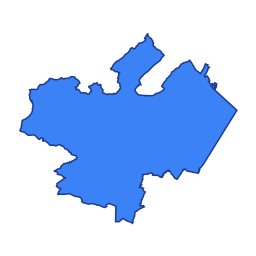 Kampar, Riau, Indonesia (Albers equal-area conic projection), rotated 93°
{"feature_id": "22746128B8837306932395", "entity_name": "Kampar", "entity_type": "district", "adm_level": 2, "iso_a3": "IDN", "parent_name": "Indonesia", "parent_adm1": "Riau", "projection": "albers", "projection_center": [101.167, 0.32], "detail": "fine", "context": "isolated", "style": "filled", "palette": "blue", "viewbox_px": 256, "rotation_deg": 93, "n_neighbors": 0, "source": "geoboundaries", "source_scale": "gbopen_adm2", "svg_char_len": 5785}
<svg xmlns="http://www.w3.org/2000/svg" viewBox="0 0 256 256"><g transform="rotate(93 128 128)"><path d="M80.0,44.5L79.2,46.2L80.8,47.7L79.9,47.8L77.5,50.1L76.8,48.8L73.7,50.2L71.9,51.8L73.2,53.5L71.9,54.5L70.1,53.1L65.2,51.2L64.6,51.5L63.3,50.0L62.2,51.6L60.6,51.6L60.7,52.5L59.9,54.0L64.3,55.5L69.8,58.4L66.6,63.3L59.7,67.9L57.3,69.7L57.1,70.3L57.6,70.5L58.6,71.7L59.5,74.7L60.4,76.6L61.7,78.4L64.7,80.2L65.6,81.6L65.9,82.7L67.4,84.4L69.2,85.8L69.6,87.1L70.1,87.4L71.6,87.5L75.4,90.5L76.6,91.9L78.3,92.5L80.1,94.0L84.0,96.4L84.8,96.4L86.1,94.5L86.7,93.9L87.3,93.9L89.6,96.3L91.3,99.1L92.1,101.8L94.2,104.4L94.5,105.8L94.7,112.1L94.6,117.1L94.2,119.7L90.6,122.8L89.9,123.0L88.7,122.8L84.5,119.6L84.9,119.4L83.8,118.7L84.2,117.5L82.3,118.1L80.7,119.0L79.6,119.3L78.5,118.8L77.2,117.7L76.2,117.4L75.6,116.3L74.2,115.4L71.7,112.8L70.5,111.1L64.2,105.7L59.3,99.8L58.5,99.1L55.8,97.9L53.7,95.8L52.2,96.9L51.1,98.5L50.0,99.0L49.0,100.2L47.4,104.0L45.8,105.2L44.6,107.1L41.5,107.1L41.0,107.7L39.3,108.1L38.6,109.0L37.5,109.4L37.0,110.7L35.6,112.2L34.9,112.6L34.9,113.0L33.0,113.2L33.4,113.9L35.7,115.0L37.5,116.2L37.9,116.0L38.3,114.8L40.1,115.7L41.1,117.0L42.4,119.4L42.6,121.3L45.1,122.9L46.0,124.1L46.9,124.2L47.9,124.9L48.6,126.2L47.6,128.3L48.2,129.3L49.1,130.0L51.1,130.7L52.5,131.6L54.5,134.3L55.5,135.3L57.0,136.0L58.2,137.3L61.0,140.9L62.5,143.4L65.4,145.8L68.2,147.0L69.5,148.4L70.5,148.0L70.8,145.8L72.4,143.7L72.3,141.5L73.1,140.6L73.3,139.3L75.2,140.4L76.7,139.9L77.9,140.8L79.0,140.8L79.4,140.0L81.5,140.7L83.0,140.7L83.5,139.1L84.2,138.5L86.5,138.2L88.4,137.5L89.0,137.7L89.5,138.4L91.2,138.9L92.2,140.3L93.5,141.0L94.7,142.6L94.2,143.5L94.2,144.3L95.2,145.2L94.9,146.7L95.2,148.3L94.8,149.2L95.7,150.1L95.7,150.8L94.4,153.8L94.6,154.4L93.6,155.4L92.1,154.9L91.3,155.0L88.7,157.2L86.5,157.3L85.9,158.2L86.8,159.1L86.3,160.4L84.4,161.2L85.4,162.5L85.2,164.0L85.5,164.9L86.3,165.1L87.1,166.0L87.5,167.4L88.2,167.9L88.5,169.2L89.0,169.3L89.7,169.0L90.5,167.5L90.8,167.2L92.6,166.9L93.2,166.5L93.7,166.8L94.0,167.5L95.9,168.6L96.1,170.0L95.0,172.6L95.5,176.7L92.3,179.3L92.0,179.8L92.5,181.5L92.3,181.8L92.1,181.6L91.2,181.7L90.5,182.8L90.0,182.7L89.7,181.3L88.5,180.3L86.6,179.9L86.2,178.8L85.6,178.4L84.5,178.9L83.2,180.0L82.0,181.6L81.8,182.7L80.8,183.5L80.0,183.7L79.6,186.1L79.7,187.7L81.2,189.3L81.9,193.8L82.4,194.9L82.4,195.6L81.3,196.8L81.6,197.9L82.7,198.8L83.5,201.2L83.6,203.6L82.7,207.1L82.7,209.0L84.8,209.8L87.3,212.8L88.5,213.6L89.1,215.5L89.2,217.9L91.7,219.8L93.1,220.0L94.0,220.6L94.5,221.8L94.2,223.3L94.5,224.3L94.4,226.2L95.1,228.3L97.2,227.2L99.7,228.3L100.7,228.2L101.8,227.6L104.0,227.6L104.8,227.2L106.0,225.3L106.6,225.2L106.6,225.9L108.4,224.5L110.7,223.9L114.0,224.5L115.5,224.2L118.8,225.4L122.4,228.3L124.8,231.5L125.9,234.0L133.1,234.7L136.3,235.8L137.0,234.7L137.8,230.7L140.0,228.3L140.4,227.4L140.4,225.2L139.8,223.2L140.2,220.7L140.7,219.8L141.5,219.2L141.9,218.4L142.9,217.7L144.0,216.3L143.9,215.7L142.7,214.5L142.5,213.3L142.7,212.6L143.2,211.8L144.6,212.8L145.5,212.3L145.6,211.8L145.1,210.9L145.3,209.9L147.3,207.0L149.0,205.4L149.3,204.5L149.1,201.8L149.3,199.8L149.7,199.1L148.7,197.2L148.5,196.1L148.0,195.2L148.1,194.7L149.5,193.5L149.4,192.1L149.7,191.5L152.0,190.0L152.5,187.8L154.0,186.0L155.0,185.8L155.5,183.7L156.8,183.6L157.4,183.1L158.0,181.1L158.1,179.3L158.8,178.3L160.0,177.4L161.3,177.6L161.2,178.1L162.7,179.5L162.9,180.5L163.6,181.0L164.0,182.4L165.4,183.2L164.8,184.6L166.0,185.2L165.9,186.6L166.3,186.9L166.4,188.2L167.3,190.7L170.2,193.1L171.3,193.0L171.6,193.3L173.2,197.1L174.1,197.9L174.6,199.3L175.2,199.1L175.2,197.9L175.9,196.3L177.0,196.0L178.0,196.1L178.5,191.8L180.4,190.1L180.9,187.9L181.6,188.3L181.8,189.3L182.8,190.0L183.1,190.7L187.2,196.0L188.6,195.8L189.6,196.4L190.1,196.3L192.0,193.5L192.0,193.0L191.7,192.5L192.0,192.0L193.0,192.2L195.0,193.9L195.8,193.9L197.3,194.6L198.4,194.6L198.1,194.5L197.8,193.1L197.4,187.0L196.8,183.8L196.9,182.4L199.0,177.3L199.4,173.2L199.8,172.2L200.6,171.2L202.2,170.4L203.2,170.0L204.0,170.3L204.1,169.7L205.0,168.8L206.1,162.8L205.4,160.8L205.6,158.0L206.6,154.7L206.8,152.2L208.3,148.6L208.6,147.3L207.8,145.6L207.7,146.0L206.4,146.0L204.5,143.5L204.5,142.5L205.9,138.1L206.8,136.0L222.2,135.5L222.3,134.8L221.9,131.9L218.7,128.3L218.7,127.8L220.7,124.6L222.1,119.9L223.0,118.5L221.5,118.0L220.0,118.4L215.7,116.8L211.9,116.7L208.3,112.3L205.8,107.6L204.7,108.7L205.2,109.8L205.2,110.4L204.8,110.8L204.8,112.1L203.2,111.9L202.8,111.1L202.4,111.0L199.0,110.8L198.8,110.2L198.4,110.4L197.0,109.7L196.1,109.4L195.4,108.9L194.0,108.9L191.1,107.4L190.2,108.8L189.0,109.8L187.9,109.7L187.5,109.4L187.1,110.7L186.6,111.0L186.8,111.3L186.3,112.7L186.8,113.0L186.6,113.4L185.4,112.9L185.0,112.5L185.1,112.3L184.1,111.7L184.3,112.7L180.0,111.0L179.1,111.0L178.2,110.4L177.7,111.0L174.9,110.8L174.9,110.6L173.8,111.1L172.9,105.1L172.4,104.8L171.9,103.8L171.8,102.2L171.9,101.5L172.7,100.6L173.1,100.5L173.2,101.1L173.8,100.9L173.8,95.3L174.1,95.1L174.5,94.3L175.0,94.0L175.0,93.5L175.6,92.5L175.2,92.1L175.2,91.0L174.6,90.8L174.7,91.7L174.0,91.1L173.5,91.0L173.2,90.2L172.7,90.2L172.7,90.6L172.4,90.6L171.7,90.0L171.7,89.6L171.1,89.5L170.6,88.7L169.9,88.3L170.1,88.0L170.5,88.0L170.3,87.7L168.6,86.9L168.9,86.2L168.2,85.8L169.1,85.4L169.0,84.8L168.5,84.6L169.3,83.5L171.3,82.4L173.1,80.5L175.6,78.8L176.0,78.1L175.9,77.4L176.6,76.7L176.4,76.1L169.5,72.0L167.7,71.0L166.9,71.2L166.4,70.8L166.9,70.0L165.9,69.0L167.8,66.9L169.5,55.5L167.7,54.6L167.0,55.1L166.5,54.2L165.9,54.3L165.7,54.7L165.1,55.0L164.3,54.4L164.4,53.9L164.0,53.5L160.2,50.8L104.6,20.2L84.0,45.2L82.2,46.6L80.0,44.5ZM80.0,44.5L80.9,43.3L82.0,43.3L82.0,44.2L84.8,44.1L84.8,43.0L83.1,43.0L83.1,42.3L82.1,42.3L82.1,41.9L79.2,41.8L78.3,43.6L80.0,44.5Z" fill="#3b82f6" stroke="#1e3a8a" stroke-width="1.5"/></g></svg>